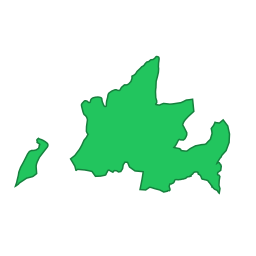 Al Qafr, Ibb, Yemen, rotated 9°
{"feature_id": "15242507B91699093168039", "entity_name": "Al Qafr", "entity_type": "district", "adm_level": 2, "iso_a3": "YEM", "parent_name": "Yemen", "parent_adm1": "Ibb", "projection": "natural_earth1", "projection_center": [44.079, 14.308], "detail": "fine", "context": "isolated", "style": "filled", "palette": "green", "viewbox_px": 256, "rotation_deg": 9, "n_neighbors": 0, "source": "geoboundaries", "source_scale": "gbopen_adm2", "svg_char_len": 5818}
<svg xmlns="http://www.w3.org/2000/svg" viewBox="0 0 256 256"><g transform="rotate(9 128 128)"><path d="M187.3,89.5L184.1,90.5L181.2,91.3L178.6,93.2L176.3,94.7L174.1,95.4L168.1,97.3L165.6,97.9L160.8,98.1L159.2,98.2L156.8,99.6L155.5,100.5L152.6,100.5L151.8,100.4L151.7,99.7L152.3,98.8L152.4,97.9L152.2,97.4L152.1,96.7L150.7,93.8L149.5,88.0L149.2,84.6L149.3,84.2L148.5,77.5L149.0,72.8L149.3,68.3L149.0,64.8L148.7,63.7L148.4,62.6L148.3,61.5L148.0,59.0L148.0,57.0L147.9,54.8L147.4,53.4L147.1,53.2L146.3,52.9L145.0,52.9L144.2,53.6L143.7,54.7L142.6,55.9L142.2,56.4L140.4,56.9L139.8,57.1L138.1,59.1L136.1,60.0L135.3,61.2L134.7,62.1L134.4,62.8L134.1,63.5L133.5,64.2L132.5,65.0L131.9,65.5L130.8,67.2L128.8,69.8L128.3,70.4L127.7,71.6L127.4,72.5L126.8,73.6L125.3,75.2L124.2,75.9L123.8,76.2L124.2,78.3L123.8,80.6L123.7,81.5L121.7,84.5L120.1,85.6L117.7,86.0L117.4,86.3L116.5,87.4L115.2,88.9L114.2,91.7L113.8,92.2L112.8,92.4L111.7,92.4L110.6,92.1L110.2,92.1L109.2,92.3L107.6,93.2L106.3,94.0L105.0,95.2L104.4,95.8L103.8,96.4L103.5,97.0L103.2,97.8L103.1,98.8L103.1,99.6L103.1,100.9L102.7,104.7L102.8,107.2L103.1,109.3L103.0,109.8L102.7,110.1L102.2,110.3L101.4,110.3L101.1,110.0L100.6,109.6L98.7,106.5L97.9,104.6L97.6,103.3L97.2,102.7L96.5,102.3L95.5,102.1L93.6,102.1L93.4,102.1L93.1,102.2L91.1,102.7L90.8,102.8L89.1,103.5L88.3,104.0L87.6,104.7L87.2,105.2L87.0,105.6L86.8,106.2L86.6,108.4L86.3,108.8L85.9,108.9L85.2,109.0L84.7,108.7L84.1,108.3L83.5,107.9L82.8,107.8L81.8,107.7L81.1,107.9L80.6,108.3L80.3,108.7L78.9,110.8L78.5,111.7L78.4,112.4L78.6,113.3L79.2,114.8L81.0,119.0L82.1,121.0L82.6,121.6L83.5,122.1L84.3,122.6L85.1,123.4L85.5,123.9L86.2,125.1L86.6,126.1L86.7,127.0L86.8,133.0L87.4,137.7L88.3,139.2L89.5,140.5L88.3,143.9L86.5,146.9L85.1,152.1L84.1,154.9L83.4,156.7L81.8,159.7L79.8,163.5L76.1,167.5L77.7,169.4L78.6,170.4L78.6,170.5L81.5,174.0L82.1,175.4L82.9,177.3L83.1,177.8L83.4,177.9L83.6,177.7L83.9,177.4L84.8,176.7L91.9,176.2L96.0,176.3L99.2,176.5L103.4,180.8L108.4,179.8L112.7,178.2L113.4,177.6L113.9,175.6L114.3,174.8L114.4,174.2L115.1,172.7L116.1,172.6L117.4,173.2L120.0,174.0L121.1,172.2L123.4,172.0L125.5,172.9L127.7,172.1L129.0,169.0L129.0,165.2L130.3,162.2L132.8,162.0L133.3,162.5L135.1,165.5L135.6,166.3L136.8,166.9L141.6,169.3L149.8,168.8L149.9,169.5L149.9,176.6L149.5,186.9L155.2,186.4L158.5,183.2L160.0,183.1L163.9,183.7L169.0,184.2L172.7,185.4L173.0,185.6L173.4,185.6L176.2,184.5L176.7,184.3L177.0,183.8L177.3,183.6L177.7,183.5L178.2,183.5L178.7,183.4L178.9,183.0L179.1,182.8L179.1,182.3L179.0,181.7L178.7,181.3L178.5,180.8L178.3,180.3L178.0,179.8L177.8,179.3L177.8,178.8L177.9,178.2L178.1,176.8L179.5,176.5L179.7,176.4L180.1,176.0L180.6,175.7L181.0,175.4L181.4,175.1L181.7,174.7L181.9,174.2L182.1,173.7L182.2,173.2L182.2,172.6L182.4,172.1L182.8,171.7L183.2,171.5L183.7,171.4L184.2,171.4L184.7,171.3L185.1,171.3L185.6,171.3L186.2,171.1L186.6,171.0L187.2,170.8L187.7,170.7L188.1,170.6L188.6,170.4L189.1,170.2L189.6,170.0L190.0,169.8L190.5,169.8L190.9,169.5L191.3,169.4L191.8,169.1L192.3,168.9L192.7,168.7L192.8,168.7L194.2,167.1L194.5,166.8L195.2,166.7L196.0,166.6L196.3,166.2L196.7,165.9L196.8,165.7L197.2,165.6L197.4,165.7L197.4,165.8L197.5,165.9L197.8,165.7L197.7,165.2L197.9,164.4L198.1,164.2L198.5,163.8L198.9,163.5L199.2,163.0L199.4,162.5L199.7,162.1L200.0,161.6L200.4,161.3L200.9,161.0L201.3,160.9L201.9,160.8L202.3,160.7L202.8,160.7L203.3,160.7L203.9,160.8L204.2,161.2L204.3,161.9L204.8,162.7L205.3,162.7L205.7,162.8L206.2,163.0L206.6,163.4L207.0,163.7L207.3,164.0L207.6,164.4L207.9,164.9L208.2,165.4L208.4,165.9L208.7,166.4L209.0,166.7L209.4,166.9L209.9,166.9L210.4,166.9L210.9,166.9L211.3,167.0L212.3,167.1L212.8,167.1L213.3,167.1L213.7,167.2L214.2,167.3L214.7,167.4L215.1,167.6L215.5,167.9L215.9,168.4L216.3,168.8L216.8,169.1L217.2,169.5L217.5,169.8L217.9,170.1L218.3,170.6L218.7,171.0L219.4,171.8L219.7,172.2L219.8,172.1L220.1,172.2L220.1,172.3L220.1,172.5L220.1,172.9L220.2,173.1L220.3,173.0L220.3,172.9L220.5,172.9L221.3,173.6L221.7,173.9L222.1,174.3L222.6,174.6L223.0,174.8L223.4,175.0L223.9,175.1L224.5,175.3L224.9,175.4L225.4,175.5L226.0,175.9L226.4,176.3L226.7,176.6L227.1,177.0L227.4,177.5L227.6,177.7L228.3,178.1L228.3,173.5L226.8,170.4L226.3,165.5L226.3,161.5L225.2,160.3L224.2,160.3L223.6,159.6L223.6,157.9L226.2,155.3L226.2,155.0L226.1,151.2L225.2,149.5L224.4,149.1L224.0,148.5L223.7,148.1L223.2,147.9L222.7,148.0L222.0,148.3L221.5,148.8L221.7,147.8L223.1,144.6L223.6,143.4L224.5,142.1L224.9,140.4L228.4,135.0L230.1,126.5L229.2,118.1L226.2,110.4L220.7,105.1L217.5,108.8L213.7,108.9L213.1,108.7L212.2,111.9L210.3,115.5L211.3,118.1L211.9,120.3L211.1,126.4L209.5,128.5L209.4,128.6L207.6,131.4L206.3,132.2L203.3,132.9L200.4,134.0L197.4,135.1L192.7,138.6L191.0,140.4L189.5,141.7L188.5,141.8L184.1,142.0L183.4,141.0L183.1,141.0L182.4,140.3L176.8,140.1L176.4,140.0L177.5,138.3L178.4,136.0L179.7,131.9L180.4,131.2L181.2,131.5L184.6,131.2L185.7,129.9L185.9,129.7L186.6,127.8L187.1,125.7L186.8,123.5L183.0,118.2L182.1,117.1L181.6,116.5L181.6,115.3L182.2,113.0L183.3,110.8L185.7,107.2L190.4,101.3L187.3,89.5ZM44.9,187.3L43.3,180.5L43.2,179.1L43.3,177.5L43.7,175.4L44.4,173.1L45.1,170.7L48.7,164.1L51.3,159.4L51.5,158.9L51.6,158.2L51.6,157.8L51.5,157.0L51.0,156.1L50.6,155.7L49.8,155.3L49.0,154.8L48.2,154.4L47.5,154.1L46.8,153.8L46.3,153.6L45.3,153.3L44.8,153.2L44.7,153.1L43.5,152.9L42.6,152.8L41.8,152.6L41.2,152.2L40.8,152.6L39.9,153.8L40.0,154.7L40.6,155.9L40.5,156.5L42.6,157.4L42.9,157.5L43.2,157.7L43.4,158.0L43.2,158.7L43.3,158.7L42.9,162.0L40.9,163.9L40.1,164.3L38.5,164.9L37.0,165.2L36.3,165.3L34.3,166.6L32.9,169.4L32.1,171.9L30.6,176.6L30.3,177.5L29.8,179.0L28.1,183.7L27.1,188.7L27.1,189.9L27.1,192.1L26.7,196.9L26.6,199.0L25.9,203.1L26.3,202.8L28.6,200.5L29.2,199.4L35.7,193.4L41.2,191.0L41.9,190.5L43.9,188.4L44.9,187.3Z" fill="#22c55e" stroke="#15803d" stroke-width="1.5"/></g></svg>